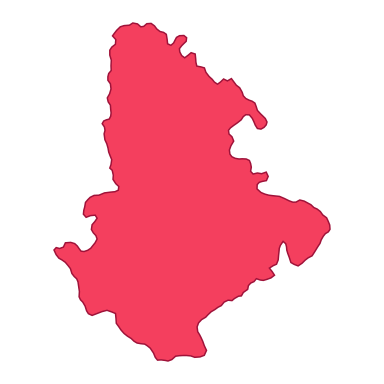 outline of Elói Mendes, Minas Gerais, Brazil
{"feature_id": "56859067B9706700633058", "entity_name": "Elói Mendes", "entity_type": "district", "adm_level": 2, "iso_a3": "BRA", "parent_name": "Brazil", "parent_adm1": "Minas Gerais", "projection": "orthographic", "projection_center": [-45.591, -21.604], "detail": "fine", "context": "isolated", "style": "filled", "palette": "rose", "viewbox_px": 384, "rotation_deg": 0, "n_neighbors": 0, "source": "geoboundaries", "source_scale": "gbopen_adm2", "svg_char_len": 3812}
<svg xmlns="http://www.w3.org/2000/svg" viewBox="0 0 384 384"><path d="M206.5,350.4L204.3,345.7L202.7,341.2L201.0,337.5L199.4,334.4L197.7,331.7L197.1,326.9L198.6,322.8L201.6,319.6L205.7,317.2L207.9,314.8L211.2,311.7L214.8,309.6L218.1,307.2L221.3,305.6L224.1,302.1L228.1,300.2L232.0,300.6L234.5,298.5L238.5,296.2L241.4,295.9L243.3,292.5L247.7,289.3L248.4,285.6L250.7,283.1L254.0,281.6L256.4,278.7L260.2,280.0L263.3,280.4L266.8,279.4L271.0,277.9L274.5,275.2L272.3,271.8L269.4,268.1L273.3,265.6L276.5,264.2L278.2,259.9L278.6,255.1L279.0,251.5L279.3,248.3L280.4,245.3L283.1,241.4L285.7,243.7L286.5,246.8L286.8,250.2L287.8,253.5L289.2,257.2L290.9,262.5L294.2,264.4L298.1,265.9L302.1,263.2L305.2,260.1L308.2,257.8L312.1,255.8L314.8,251.6L317.8,246.7L320.0,243.4L321.2,239.9L323.3,236.2L325.4,233.6L328.3,231.9L330.0,229.3L329.7,225.0L328.3,221.5L326.6,217.8L322.7,214.9L320.3,211.5L317.1,209.0L313.9,207.6L310.9,204.7L307.5,202.9L304.2,201.1L299.8,200.0L296.0,202.1L292.9,202.2L289.1,200.8L284.4,198.5L279.5,196.4L273.7,195.8L268.8,195.2L264.8,194.1L261.0,192.5L257.0,188.9L257.2,184.6L259.3,182.3L262.3,181.4L266.4,180.6L268.2,176.4L266.2,172.1L261.6,173.7L257.4,173.0L253.1,174.0L250.6,171.3L251.3,167.2L250.6,163.5L249.4,160.5L246.3,159.0L242.3,158.8L239.0,159.0L235.1,158.3L231.8,156.7L229.9,154.1L229.4,150.0L230.9,145.8L233.7,141.1L232.0,136.8L229.0,134.0L228.5,130.3L230.4,127.9L233.7,125.4L237.3,122.9L241.2,119.8L243.3,116.6L245.8,114.7L249.4,114.9L252.3,118.4L253.9,121.8L255.3,125.2L257.4,128.5L261.0,129.1L264.0,127.4L266.2,124.9L267.0,122.0L265.3,118.5L262.9,116.1L260.5,113.8L257.4,110.4L256.2,106.6L254.9,103.1L252.1,101.2L249.2,100.2L245.8,98.5L243.3,95.8L242.2,92.3L239.7,87.8L236.3,85.2L234.0,82.1L231.4,78.6L227.4,80.9L223.6,79.0L220.5,82.0L217.5,84.2L214.4,82.1L212.2,79.3L209.1,76.5L205.9,72.3L204.4,67.9L201.0,66.9L196.8,66.1L195.9,62.2L195.7,59.0L195.2,54.0L191.1,52.7L188.3,55.1L184.7,57.8L181.7,55.6L179.8,52.0L179.4,48.7L181.7,45.7L183.9,43.5L186.2,41.3L186.6,37.7L183.9,35.5L179.5,35.7L176.5,37.4L175.0,40.2L173.6,43.0L170.9,45.3L167.6,43.8L167.1,39.2L166.3,34.3L163.6,32.4L160.0,31.5L156.8,29.0L154.5,25.9L151.1,23.4L146.8,23.7L143.7,26.4L140.8,26.8L137.5,23.9L132.8,23.0L129.4,25.2L124.1,25.6L120.3,26.8L116.7,30.3L114.3,33.4L112.5,35.9L115.8,39.6L115.4,44.3L111.8,47.1L109.8,50.2L109.8,55.1L111.3,60.2L111.0,65.8L111.2,70.5L108.7,73.5L107.9,76.7L107.9,80.3L110.4,83.8L111.0,89.0L109.6,93.8L107.3,97.9L108.2,101.9L110.4,105.1L110.7,109.5L111.1,112.9L110.7,116.2L109.2,119.1L106.4,119.8L103.7,121.0L102.2,123.7L104.4,126.9L105.0,130.3L104.1,133.9L104.9,139.7L106.8,143.8L108.0,148.0L108.7,152.0L109.9,155.2L111.7,159.6L111.0,164.6L109.8,168.1L112.2,170.3L113.3,175.2L113.0,179.4L115.8,183.7L118.8,186.5L118.3,190.2L115.0,191.7L110.8,192.1L104.5,192.9L98.9,195.2L94.1,195.4L90.2,197.3L87.8,199.7L85.5,202.4L84.7,207.0L83.8,210.3L83.4,214.2L86.1,217.3L90.6,215.6L95.2,215.2L97.1,218.2L94.9,221.5L92.1,224.7L91.4,229.5L93.3,232.8L95.9,235.6L97.1,239.0L95.1,242.8L92.6,245.9L90.7,248.3L87.7,250.3L84.1,251.5L81.1,251.2L79.2,248.8L77.3,246.0L74.7,243.6L70.7,242.4L65.4,242.8L63.4,247.1L59.6,248.5L56.2,247.6L54.0,250.0L56.1,254.6L58.9,258.2L62.1,260.0L65.3,262.3L68.1,265.6L70.4,268.6L71.9,273.5L74.2,276.5L76.7,278.8L78.0,281.9L78.6,286.1L79.4,291.5L79.1,296.8L80.5,299.8L82.7,302.0L85.1,306.1L86.6,310.8L88.4,313.7L92.1,315.4L97.6,313.3L102.0,311.6L107.0,310.3L111.9,312.0L115.5,313.5L116.0,318.5L116.3,323.3L118.5,326.3L121.0,330.0L124.1,333.5L127.4,336.1L131.2,338.5L134.0,341.2L137.0,343.0L140.9,343.7L144.7,344.1L147.2,345.7L150.2,348.1L153.5,353.0L155.3,357.4L157.5,360.1L161.2,359.9L165.1,360.4L168.0,361.0L171.8,359.6L175.6,356.2L179.2,355.7L183.2,355.5L186.5,355.5L190.8,355.9L194.7,357.3L200.1,356.9L204.3,355.3L206.5,350.4Z" fill="#f43f5e" stroke="#9f1239" stroke-width="1.5"/></svg>